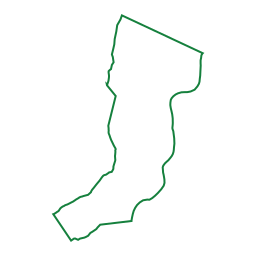 outline of En Leur Ba/Balca, Choiseul, Saint Lucia
{"feature_id": "8701671B91249744249717", "entity_name": "En Leur Ba/Balca", "entity_type": "district", "adm_level": 2, "iso_a3": "LCA", "parent_name": "Saint Lucia", "parent_adm1": "Choiseul", "projection": "natural_earth1", "projection_center": [-61.02, 13.776], "detail": "fine", "context": "isolated", "style": "outline", "palette": "green", "viewbox_px": 256, "rotation_deg": 0, "n_neighbors": 0, "source": "geoboundaries", "source_scale": "gbopen_adm2", "svg_char_len": 2519}
<svg xmlns="http://www.w3.org/2000/svg" viewBox="0 0 256 256"><path d="M202.7,53.2L121.9,15.4L120.5,19.4L117.2,25.2L116.3,31.5L114.7,39.0L114.3,44.3L113.4,48.3L111.9,54.5L112.8,57.0L113.6,62.3L111.9,64.9L111.0,69.1L110.0,69.8L109.4,70.4L108.7,71.1L108.6,71.5L108.6,72.5L108.8,74.0L108.9,74.6L109.0,75.6L109.0,76.5L108.9,77.9L108.7,79.1L108.6,80.0L108.4,81.0L107.9,82.6L107.5,83.7L107.2,84.7L106.8,84.3L107.0,85.3L115.7,96.0L108.3,125.8L108.5,127.3L108.6,128.3L108.6,129.5L108.7,130.3L108.6,131.7L108.6,132.8L108.8,133.6L109.3,134.8L109.8,136.2L110.1,137.2L110.7,138.8L111.2,140.1L112.0,141.7L112.8,143.4L113.8,145.5L114.7,147.1L115.3,148.1L115.7,149.1L115.3,150.3L115.4,151.9L115.2,154.4L115.0,156.0L115.1,157.4L115.2,158.8L115.3,159.9L115.2,160.7L113.8,165.2L113.4,166.7L113.4,167.9L113.3,169.0L112.7,170.2L112.2,171.0L111.7,171.9L109.1,172.4L108.5,173.0L107.5,173.6L106.5,174.4L105.9,174.7L105.1,174.9L104.3,175.1L103.5,175.5L102.9,176.1L101.9,177.3L99.6,180.6L96.5,184.3L93.7,187.9L92.2,189.7L91.6,190.6L91.1,191.6L90.9,192.3L90.5,192.6L88.1,194.8L83.6,196.0L81.9,196.6L81.1,196.7L80.1,197.1L79.4,197.4L78.5,198.1L77.6,198.6L76.6,199.2L76.3,199.4L75.7,199.7L75.0,200.3L74.3,200.7L73.4,201.4L72.4,201.9L71.4,202.4L70.8,202.7L69.9,203.2L69.1,203.6L67.3,204.5L66.0,204.9L64.8,205.4L63.8,206.1L62.7,206.5L62.0,207.0L61.3,207.5L60.3,208.4L59.5,209.6L59.0,210.4L58.7,210.8L58.3,211.2L57.8,211.5L57.1,211.9L56.7,212.2L55.9,212.8L55.4,213.1L54.3,213.8L53.9,214.0L53.3,214.2L71.1,240.6L74.0,238.6L75.1,238.5L78.1,239.8L80.0,238.6L84.4,237.6L85.8,237.0L88.1,235.8L90.4,232.9L92.3,231.8L96.3,229.1L97.6,227.4L100.2,224.7L131.5,221.0L131.5,220.6L132.0,217.7L132.8,214.0L133.7,210.9L135.2,207.8L137.1,205.0L139.8,202.4L143.1,200.3L147.2,199.6L149.5,199.7L152.2,198.1L155.0,195.8L157.9,193.0L161.2,189.3L163.7,185.7L164.5,182.9L164.4,179.5L164.1,177.5L163.6,174.7L163.1,172.6L162.9,169.7L162.7,167.3L163.3,165.6L164.9,163.4L166.8,161.6L168.3,160.3L170.4,157.8L171.7,156.1L172.8,154.1L173.5,151.9L173.8,149.9L174.0,147.2L174.4,143.7L174.3,140.9L174.2,138.3L173.6,133.6L173.3,131.2L172.5,128.9L172.4,127.8L172.7,124.7L172.8,123.0L172.7,118.3L172.2,114.3L171.5,111.1L170.8,108.3L170.3,105.1L170.4,102.6L170.8,99.9L171.6,98.3L173.3,96.3L175.6,94.5L178.0,93.3L181.5,92.3L183.7,92.2L185.4,92.1L187.4,92.1L190.6,91.5L194.6,89.7L197.4,86.4L198.9,83.8L199.5,81.7L199.8,78.7L200.2,75.6L200.4,71.3L200.7,65.5L200.6,63.5L200.6,63.2L200.6,60.3L201.1,57.9L201.4,55.3L202.4,53.5L202.7,53.2Z" fill="none" stroke="#15803d" stroke-width="2"/></svg>